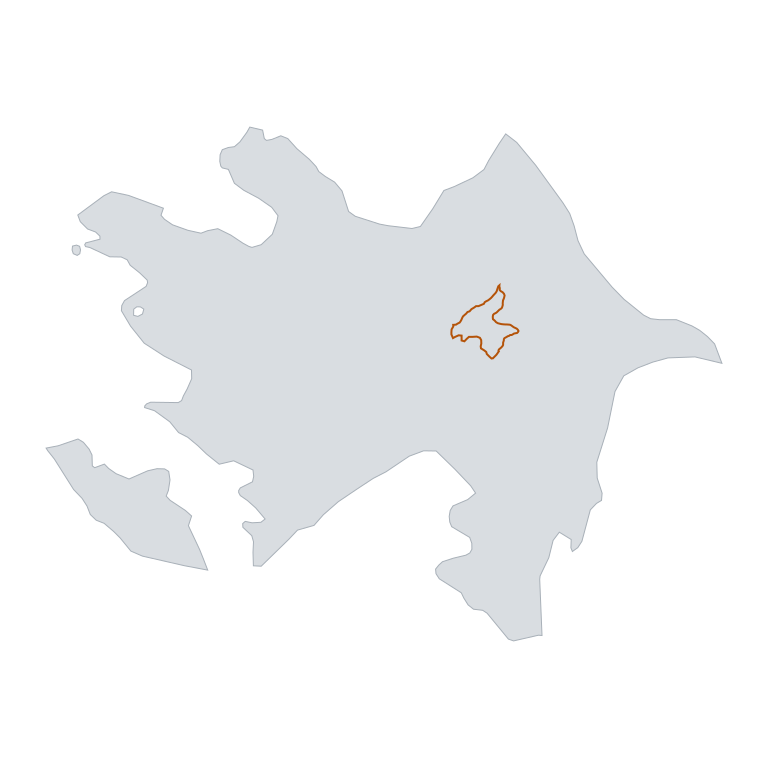 Agsu District, Ağsu, Azerbaijan (highlighted)
{"feature_id": "54616110B12323901372431", "entity_name": "Agsu District", "entity_type": "district", "adm_level": 2, "iso_a3": "AZE", "parent_name": "Azerbaijan", "parent_adm1": "Ağsu", "projection": "robinson", "projection_center": [48.44, 40.562], "detail": "fine", "context": "in_parent", "style": "outline", "palette": "amber", "viewbox_px": 768, "rotation_deg": 0, "n_neighbors": 0, "source": "geoboundaries", "source_scale": "gbopen_adm2", "svg_char_len": 4909}
<svg xmlns="http://www.w3.org/2000/svg" viewBox="0 0 768 768"><path d="M542.0,635.5L538.5,635.2L513.6,640.9L508.4,639.1L487.1,613.2L482.7,610.3L473.5,609.2L468.1,604.9L463.8,598.0L461.3,592.8L439.3,578.8L436.0,573.7L435.6,569.1L438.8,565.1L442.5,561.7L453.3,558.2L465.8,555.2L469.8,553.0L471.9,549.3L471.8,543.3L469.7,537.4L451.7,526.7L449.8,522.1L449.2,516.4L450.2,510.5L453.0,505.9L467.7,499.6L475.6,493.1L470.7,485.8L454.9,469.2L436.2,451.0L423.6,450.8L409.2,456.2L386.0,471.8L373.2,478.4L356.5,489.4L338.3,501.7L323.4,514.7L314.0,525.4L297.5,530.1L289.0,539.1L261.2,566.2L253.4,565.8L253.0,552.4L253.5,541.8L251.8,535.7L242.9,527.3L242.7,523.6L245.2,521.4L252.1,522.8L260.9,522.3L265.1,519.0L255.7,507.9L247.4,500.5L240.3,495.6L238.7,492.6L238.7,490.5L240.3,487.9L252.5,481.8L253.7,476.3L253.0,470.0L233.7,460.8L219.2,464.2L206.4,453.9L198.1,445.9L187.8,437.3L178.6,432.6L169.8,421.8L154.5,410.7L144.6,407.6L144.8,405.9L146.6,403.9L150.7,402.2L178.2,402.6L181.6,400.6L183.4,395.9L187.2,388.9L191.7,378.7L191.5,370.0L164.0,356.0L144.2,343.2L130.6,326.2L121.4,310.7L121.8,305.5L124.5,300.6L146.1,286.4L147.6,282.7L147.2,280.1L139.6,272.8L130.2,265.3L127.2,259.8L121.2,257.0L109.8,256.8L89.8,247.5L85.6,246.6L84.7,244.8L85.7,242.9L100.0,239.2L99.9,236.1L95.6,232.0L87.6,229.0L80.3,221.7L77.8,215.0L103.9,195.7L111.6,191.8L128.5,195.4L163.4,208.2L161.0,215.3L164.5,219.3L172.5,224.8L187.9,230.3L201.0,233.2L207.6,230.7L217.8,228.7L230.8,235.1L242.8,243.1L248.8,246.4L252.0,247.4L261.2,244.7L272.3,234.3L276.8,221.7L278.0,215.7L271.7,207.3L258.6,198.2L243.8,190.3L234.4,183.3L228.4,169.4L222.3,167.9L220.8,166.1L219.8,161.4L220.1,154.8L222.3,149.7L228.3,147.5L234.4,146.7L239.9,141.9L246.8,132.4L249.8,127.1L262.6,130.1L264.3,138.6L266.5,140.4L271.9,139.4L280.8,135.8L287.8,138.6L296.9,148.7L309.4,159.4L316.1,166.6L318.8,171.6L325.2,176.4L334.6,182.1L342.0,190.9L348.6,211.5L355.3,216.3L379.6,224.1L388.1,225.7L412.0,228.5L420.4,226.5L432.8,208.7L443.9,190.5L454.2,186.6L472.9,177.8L484.0,169.5L488.7,160.5L499.2,143.5L505.7,133.9L516.7,142.4L535.8,165.4L563.0,202.9L569.7,213.5L574.1,225.8L578.0,240.7L584.2,253.9L612.0,287.0L624.0,299.3L643.6,315.1L650.6,318.7L659.7,319.7L676.4,319.7L691.9,325.9L699.6,330.3L707.5,336.6L714.6,343.9L721.9,363.3L695.0,356.9L668.0,357.9L652.8,362.1L638.0,367.8L623.8,375.8L615.0,391.5L607.6,427.9L596.8,462.2L597.2,478.0L602.1,493.2L601.5,500.4L596.5,503.4L590.3,509.9L581.9,541.3L577.8,547.6L572.4,551.5L570.9,547.8L571.2,539.5L559.3,532.2L553.1,540.4L548.8,557.7L540.1,575.9L539.7,579.3L542.0,635.5ZM142.5,314.0L143.8,309.1L140.4,306.9L136.8,306.8L133.7,309.2L133.6,315.3L137.9,316.4L142.5,314.0ZM51.9,455.9L47.9,450.9L46.1,448.1L58.1,445.8L78.0,439.0L83.4,442.3L89.1,449.1L92.0,455.0L92.3,465.9L94.7,467.7L104.4,464.1L108.7,468.5L116.1,473.7L129.0,479.0L147.7,470.8L157.0,468.7L164.6,468.9L168.7,471.4L170.0,479.9L168.4,490.4L166.2,496.1L170.1,500.3L185.3,510.4L191.6,516.0L188.4,525.7L199.6,549.5L203.3,558.7L207.7,570.1L184.4,565.7L142.4,556.1L130.9,551.1L120.1,537.9L113.7,531.5L104.1,523.3L96.2,520.2L90.3,514.5L87.0,506.0L82.1,498.4L73.6,489.5L54.4,459.1L51.9,455.9ZM79.8,253.7L77.2,255.4L73.3,253.7L72.1,250.0L72.5,246.1L76.5,245.1L79.6,246.3L80.5,249.8L79.8,253.7Z" fill="#d9dde1" stroke="#a8b0b8" stroke-width="1"/><path d="M499.4,285.3L498.3,286.3L497.2,289.5L496.7,291.2L495.7,292.8L494.4,294.2L493.1,295.6L492.3,296.6L490.9,298.1L489.2,299.5L488.0,300.4L486.3,301.2L484.7,302.2L483.9,303.8L481.6,304.8L478.6,306.1L476.1,306.1L474.5,307.3L473.4,308.0L471.4,309.2L470.9,309.8L469.6,311.3L468.2,311.8L467.5,312.0L466.2,313.6L465.0,314.6L463.0,316.4L462.2,317.9L461.5,319.6L460.5,321.4L459.6,322.6L457.4,323.7L456.1,324.6L453.4,324.9L453.2,324.9L453.3,326.5L451.6,329.4L451.4,332.4L451.4,334.4L453.0,338.1L454.9,337.0L458.7,335.3L461.6,335.6L461.6,337.7L461.6,340.5L464.4,341.3L466.8,338.8L468.9,336.9L471.9,336.9L476.8,336.6L479.9,337.8L481.2,340.1L481.3,343.6L480.7,346.3L481.0,348.4L483.8,350.1L486.2,351.9L486.8,354.0L489.4,356.6L491.5,358.5L492.5,358.3L492.9,358.3L496.3,354.9L497.4,353.4L498.8,351.4L498.5,351.1L498.5,350.4L498.9,349.5L499.6,348.9L501.0,347.7L501.7,347.0L502.7,345.8L503.1,344.9L503.1,343.5L503.1,342.7L503.8,340.5L503.9,339.1L504.4,338.2L505.8,337.4L506.8,336.9L507.5,336.3L508.8,336.0L510.2,335.0L511.6,335.0L512.6,334.5L513.9,333.6L515.2,333.3L517.0,333.0L517.8,332.3L518.5,331.0L517.8,329.7L516.8,328.7L515.4,328.0L513.7,327.2L512.6,326.4L511.1,325.3L509.9,324.7L507.2,324.5L504.1,324.4L501.4,324.1L499.7,323.7L497.8,323.2L496.0,322.1L494.8,320.7L494.1,320.1L493.0,319.2L492.8,317.9L492.8,316.3L493.1,314.9L494.1,313.8L495.2,313.3L496.3,312.7L497.0,312.1L498.5,310.6L499.4,309.7L500.9,308.8L501.9,307.8L502.3,306.7L502.8,304.9L502.7,303.6L502.8,302.4L503.0,300.4L503.6,299.1L504.1,297.7L504.6,295.5L504.0,293.8L502.6,292.2L500.8,291.2L499.7,290.0L499.8,288.1L499.3,286.3L499.4,285.3Z" fill="none" stroke="#b45309" stroke-width="2"/></svg>